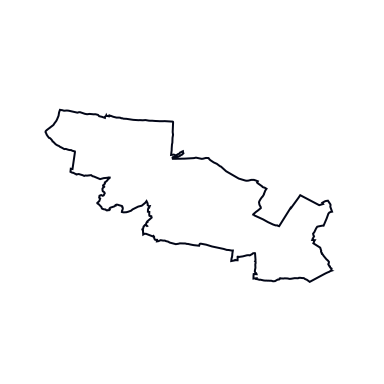 Dumbrava, Mehedinti, Romania, rotated 201°
{"feature_id": "2599482B40302132700560", "entity_name": "Dumbrava", "entity_type": "district", "adm_level": 2, "iso_a3": "ROU", "parent_name": "Romania", "parent_adm1": "Mehedinti", "projection": "albers", "projection_center": [23.169, 44.518], "detail": "fine", "context": "isolated", "style": "outline", "palette": "ink", "viewbox_px": 384, "rotation_deg": 201, "n_neighbors": 0, "source": "geoboundaries", "source_scale": "gbopen_adm2", "svg_char_len": 6026}
<svg xmlns="http://www.w3.org/2000/svg" viewBox="0 0 384 384"><g transform="rotate(201 192 192)"><path d="M344.7,221.4L344.6,218.6L343.9,215.4L344.0,211.4L344.2,209.6L345.0,206.9L345.4,204.9L349.6,198.1L350.1,197.1L350.4,196.2L350.2,195.4L349.8,195.0L349.3,194.7L348.2,193.4L347.5,193.0L347.2,192.7L344.9,191.3L344.2,191.4L343.6,191.3L341.7,190.4L340.7,189.7L340.3,189.2L339.6,189.2L336.4,187.7L334.4,187.3L332.8,187.3L331.1,186.8L330.0,186.8L326.6,186.3L325.2,187.0L322.6,187.1L321.3,187.3L319.8,187.8L318.4,187.6L315.9,187.9L315.6,187.4L311.8,170.6L313.5,170.3L312.7,167.3L310.7,167.1L309.8,167.4L307.4,167.1L306.7,167.2L306.2,166.9L304.6,168.0L304.0,168.2L300.1,168.5L298.4,168.4L297.6,169.1L295.6,169.8L292.2,171.6L290.5,171.1L289.3,171.3L282.4,171.1L279.4,173.3L276.2,174.9L275.0,175.7L274.0,176.0L273.9,175.7L274.0,175.3L274.9,174.1L275.1,173.0L275.7,171.4L276.8,169.7L276.3,168.6L277.4,166.3L276.9,165.5L275.9,165.6L275.8,165.4L276.6,163.9L276.8,163.1L276.7,162.9L276.4,162.0L275.9,161.2L275.5,160.7L274.7,160.6L273.6,160.2L273.0,159.5L273.2,158.3L273.2,157.3L273.5,156.9L274.2,156.4L275.1,156.6L275.7,156.6L277.0,155.4L276.8,154.7L276.8,153.9L276.6,153.4L275.4,153.0L275.3,150.4L276.5,147.8L276.3,147.5L275.6,147.3L274.8,147.2L271.6,145.7L271.2,145.5L270.3,144.4L269.8,144.2L267.8,144.3L266.5,144.7L265.6,144.3L264.7,144.3L264.3,144.8L262.9,145.3L262.4,146.1L263.1,146.9L263.0,147.3L262.6,148.1L259.4,150.7L258.9,151.5L258.4,151.9L258.7,152.3L258.5,152.6L258.1,153.0L257.6,153.3L256.6,153.5L255.9,153.5L252.6,153.8L252.1,153.7L251.8,153.4L251.7,152.9L251.2,152.7L251.0,152.4L250.6,151.5L250.5,149.9L250.6,149.3L250.3,148.2L248.8,148.4L246.2,149.5L244.5,150.7L242.1,152.8L241.3,154.4L237.0,159.1L234.0,161.2L231.7,165.3L231.2,167.2L229.4,165.5L228.6,163.8L226.9,163.3L226.4,163.6L226.4,162.1L226.7,162.1L226.9,161.6L226.9,160.7L226.8,159.8L226.1,157.8L224.7,158.1L224.0,156.0L223.3,154.6L222.8,154.5L221.3,154.8L220.5,153.6L223.2,148.5L222.8,148.0L223.4,147.4L223.5,146.4L223.4,145.2L223.2,144.9L221.7,144.2L221.8,144.1L222.9,144.5L223.2,144.4L224.0,144.4L224.2,144.2L224.3,143.7L224.5,143.3L224.6,142.6L224.8,142.4L224.5,139.8L225.0,139.3L224.8,139.0L224.0,138.7L223.6,137.6L222.3,134.8L221.3,136.1L220.9,136.1L219.9,136.5L212.7,136.5L212.6,136.8L212.3,137.2L211.3,136.6L211.0,135.7L209.7,134.3L207.9,134.3L207.8,134.7L207.5,134.8L207.1,133.3L205.7,134.1L204.0,135.8L201.4,136.3L199.9,136.9L198.8,136.8L196.5,137.1L194.7,136.8L188.4,137.5L186.0,138.9L184.8,139.8L184.3,139.9L179.9,141.5L178.2,141.7L177.1,142.1L174.7,142.4L171.4,143.0L166.1,144.4L166.2,145.9L166.0,146.5L165.3,146.9L159.9,147.9L153.9,148.3L142.0,150.2L138.7,150.4L137.0,151.0L134.2,151.5L132.9,152.0L132.1,148.3L131.8,147.7L131.6,146.5L131.3,145.7L131.4,145.3L131.2,143.8L130.6,141.6L127.4,143.6L127.6,143.8L127.3,144.1L125.8,144.3L125.0,144.6L126.2,147.9L126.0,148.1L125.6,147.9L124.9,148.1L124.4,148.5L121.5,150.1L117.9,152.7L116.0,153.5L115.4,153.5L114.8,154.1L114.2,155.0L113.8,155.3L113.1,156.6L111.9,157.3L111.2,157.4L108.3,151.2L108.2,150.6L108.3,150.0L107.8,149.9L107.3,148.8L107.1,148.3L107.1,147.7L106.9,146.9L105.6,143.9L105.2,141.5L104.9,140.4L103.9,139.3L103.1,139.2L102.7,138.9L102.3,138.4L105.0,137.5L104.7,136.3L103.6,133.2L100.8,134.6L100.7,133.8L100.1,134.0L97.6,134.2L96.9,134.6L92.9,135.2L86.0,137.6L84.3,137.7L82.5,138.6L81.1,140.4L80.3,141.2L79.7,141.3L79.2,141.7L78.9,142.3L79.1,142.8L78.8,143.1L77.6,143.3L75.6,144.0L74.6,144.6L71.6,145.6L69.9,145.8L68.6,146.4L65.2,148.4L62.3,149.4L61.5,149.9L61.4,150.2L60.5,150.6L58.1,151.2L57.0,151.6L56.3,151.6L55.5,151.3L53.2,151.2L49.9,150.3L38.5,163.5L36.9,165.2L35.2,166.8L34.6,167.7L33.6,168.5L33.8,168.5L33.9,168.8L34.0,169.6L34.3,169.9L34.2,170.4L34.4,170.6L35.4,170.8L36.2,171.3L36.5,171.9L36.9,171.8L38.3,172.9L38.6,173.4L38.8,173.5L38.7,173.7L38.9,174.3L38.8,174.7L39.1,175.8L40.3,176.6L40.8,176.7L41.5,177.1L42.1,177.2L46.0,179.4L48.0,180.8L48.4,180.7L48.9,181.2L48.9,181.6L49.5,181.9L50.2,182.6L50.3,183.4L52.4,186.0L60.3,187.6L60.2,189.2L60.4,189.6L60.1,191.0L62.4,190.3L62.3,191.1L62.6,191.2L62.2,194.4L63.1,195.1L64.0,196.5L63.4,198.5L63.1,202.4L62.8,203.9L62.6,204.5L61.6,205.2L58.1,207.4L57.1,207.7L56.8,215.6L56.9,220.7L56.4,222.1L55.2,223.2L54.2,223.8L57.6,227.8L58.0,229.5L58.3,230.0L62.0,232.6L63.9,231.5L64.8,230.7L66.5,228.6L65.3,227.8L68.5,225.3L89.8,227.8L90.5,224.8L93.7,212.9L93.9,212.1L94.0,211.9L94.3,212.2L98.4,191.3L99.4,191.2L100.3,191.4L101.9,190.8L104.6,190.7L110.4,191.1L115.8,191.9L125.4,192.5L126.2,193.0L126.8,192.9L126.8,193.2L125.1,196.4L124.1,197.9L122.0,201.6L122.4,202.5L124.5,204.3L125.8,206.5L125.8,207.7L125.5,209.7L124.9,212.2L124.5,212.9L124.1,214.9L124.0,215.9L124.2,216.2L124.1,217.0L124.1,219.7L123.6,221.7L125.8,222.1L127.2,221.9L128.0,222.0L128.5,222.4L133.6,223.7L134.6,224.1L134.4,225.6L137.0,225.6L138.6,225.5L141.1,224.5L143.5,222.8L145.0,222.1L146.3,221.8L153.2,221.3L167.6,223.6L174.0,226.1L175.1,226.1L178.9,227.2L182.3,227.4L186.3,228.3L187.5,228.8L188.7,229.6L191.2,228.8L193.7,227.0L194.9,226.4L200.6,225.5L202.4,224.3L211.3,220.3L221.8,216.1L222.5,217.2L222.4,217.6L221.5,218.2L217.7,220.0L217.2,220.5L216.3,221.3L215.6,222.4L214.7,223.3L213.9,225.1L214.6,225.8L215.1,226.8L216.0,225.9L216.8,224.9L217.3,224.5L217.7,223.1L218.8,222.2L219.1,221.7L220.0,220.6L220.6,220.4L222.0,220.4L222.6,220.3L224.8,219.1L226.0,223.9L226.4,224.9L227.7,229.1L228.0,231.0L229.6,235.6L230.2,238.6L231.5,241.0L234.6,250.2L234.9,250.7L235.2,250.8L242.5,248.5L247.6,246.5L252.5,244.9L254.6,244.3L257.6,243.2L261.2,242.5L263.7,241.3L265.9,240.6L267.9,239.8L272.7,238.3L279.5,236.8L282.2,235.9L283.9,235.8L284.3,235.5L285.9,235.6L289.2,234.4L292.5,234.0L295.1,234.0L295.3,233.8L296.6,233.9L296.6,232.9L297.6,232.8L299.0,232.4L299.5,232.9L299.5,232.6L299.1,232.4L299.8,231.8L300.2,231.1L299.9,230.0L303.1,229.9L305.8,229.5L307.4,230.3L310.0,230.0L311.6,229.3L315.6,228.2L317.8,227.0L320.0,226.6L325.0,226.4L326.1,226.0L327.4,225.0L336.3,223.7L338.1,223.2L340.6,222.0L342.2,221.9L344.7,221.4Z" fill="none" stroke="#020617" stroke-width="2"/></g></svg>